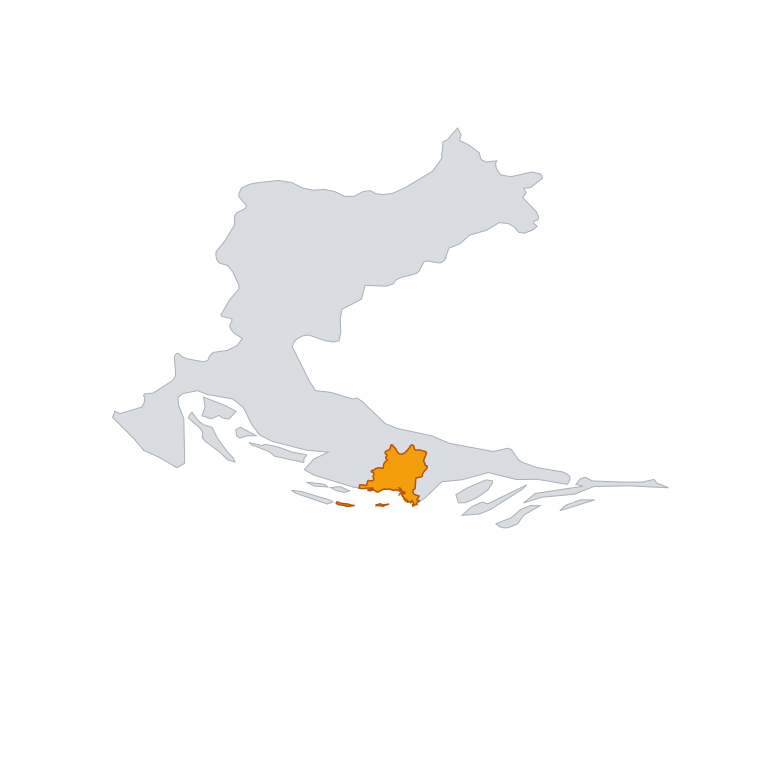 Šibensko-Kninska on a map of Croatia (orthographic projection), rotated 327°
{"feature_id": "HRV-1491", "entity_name": "Šibensko-Kninska", "entity_type": "County", "adm_level": 1, "iso_a3": "HRV", "parent_name": "Croatia", "parent_adm1": "", "projection": "orthographic", "projection_center": [15.941, 43.766], "detail": "fine", "context": "in_parent", "style": "filled", "palette": "amber", "viewbox_px": 768, "rotation_deg": 327, "n_neighbors": 0, "source": "natural_earth", "source_scale": "10m", "svg_char_len": 7315}
<svg xmlns="http://www.w3.org/2000/svg" viewBox="0 0 768 768"><g transform="rotate(327 384 384)"><path d="M143.4,260.2L146.4,265.0L168.2,271.4L173.0,268.9L175.9,265.1L176.0,262.6L177.9,262.0L185.5,265.9L209.2,265.9L214.1,263.1L223.2,246.7L226.2,245.4L228.1,246.1L229.4,251.0L232.7,255.7L244.5,266.9L249.0,268.3L253.4,265.3L258.0,264.5L270.9,270.5L281.9,271.7L290.0,268.7L286.0,259.8L285.4,255.3L286.0,251.4L291.6,247.5L291.4,245.8L284.7,238.9L285.1,237.1L299.8,229.5L314.0,225.3L316.2,221.9L318.2,207.5L317.5,199.8L311.8,192.6L311.4,188.9L312.8,185.1L315.0,181.7L327.3,177.8L345.0,169.3L350.4,161.5L353.7,160.2L363.6,161.3L365.7,159.3L364.3,148.1L366.1,145.2L371.2,142.0L379.9,143.2L387.2,146.1L406.3,155.8L416.5,164.9L422.2,175.0L430.0,182.8L439.7,188.2L447.4,195.6L453.2,205.1L461.2,210.3L471.4,211.3L477.9,214.4L480.7,219.8L486.3,224.5L494.8,228.7L507.8,230.8L540.5,232.0L554.9,226.4L565.4,212.9L570.1,213.7L585.1,209.3L584.4,217.2L580.0,220.9L584.9,228.9L589.8,241.9L587.6,248.6L590.7,253.5L600.1,258.3L597.6,259.9L595.6,264.3L595.7,272.2L603.4,279.3L623.5,286.7L629.6,293.1L629.8,295.9L628.8,297.8L613.6,299.1L607.7,295.9L607.3,301.2L601.8,303.2L605.6,322.4L604.6,328.1L602.6,330.0L598.3,329.2L597.2,331.1L598.3,335.2L592.8,335.8L583.9,334.0L579.7,330.4L578.7,323.0L575.7,317.2L568.5,311.4L553.8,310.9L536.6,305.7L524.3,307.8L512.4,305.4L502.4,313.3L497.2,313.3L486.7,304.0L483.6,303.5L474.7,308.5L471.1,308.9L456.0,303.9L450.5,303.2L446.5,305.0L439.4,303.3L421.9,291.0L411.3,300.6L389.5,298.5L383.1,305.0L375.7,317.4L369.7,323.3L364.5,321.2L358.3,315.8L347.5,301.9L342.0,299.3L335.7,298.8L330.2,300.3L327.3,303.1L323.0,341.4L322.9,352.2L335.0,362.2L349.3,379.3L353.9,381.3L356.2,386.9L363.4,417.6L370.8,428.4L395.7,453.3L406.4,469.2L438.7,500.0L452.9,505.3L455.1,508.2L455.5,520.3L457.1,524.8L466.7,537.3L486.4,555.5L488.7,559.8L489.4,562.9L488.2,565.3L483.2,568.0L460.6,547.4L443.1,536.3L423.2,515.0L397.0,506.7L379.2,497.4L356.5,501.9L349.2,502.0L344.0,500.3L340.3,494.5L340.2,484.0L329.8,474.6L315.7,465.6L302.3,454.0L275.8,422.5L270.5,412.4L284.3,408.7L300.1,410.8L283.1,397.4L258.9,371.1L251.8,358.7L251.1,345.4L253.2,327.2L249.0,314.2L230.6,297.0L223.9,288.0L210.3,282.5L204.1,282.9L200.3,289.4L197.3,303.9L173.7,341.9L164.8,341.5L155.4,322.9L146.3,308.8L144.5,294.1L138.2,264.2L143.4,260.2ZM558.5,611.1L558.8,615.5L566.1,626.0L534.2,603.0L504.3,584.3L483.4,580.0L454.7,564.9L436.1,559.7L451.2,558.2L495.4,578.2L490.4,572.7L496.7,570.4L502.1,571.9L505.7,578.6L530.8,596.3L546.8,606.7L558.5,611.1ZM217.3,363.7L216.6,368.3L211.5,362.4L209.2,351.9L203.0,334.9L202.3,330.1L205.7,325.5L205.6,320.7L201.4,305.8L205.3,303.5L207.5,303.2L208.2,313.5L210.2,319.5L216.2,326.8L214.8,338.8L215.7,355.9L217.3,363.7ZM245.1,326.5L234.7,328.9L229.8,324.2L228.6,320.5L220.1,319.1L214.0,311.5L221.4,305.9L225.5,296.7L239.3,315.9L245.1,326.5ZM413.2,529.5L399.5,530.0L387.7,527.9L381.8,524.3L384.0,516.0L397.2,516.5L417.3,520.0L422.3,524.2L420.8,526.2L413.2,529.5ZM448.8,546.3L442.8,547.6L404.2,547.2L392.9,544.8L377.9,536.6L390.4,534.7L402.1,536.4L405.7,541.0L448.8,546.3ZM276.2,403.0L273.9,406.2L253.0,385.0L250.7,377.9L240.3,363.5L238.8,359.6L248.3,369.2L251.9,370.1L261.0,379.3L269.9,391.1L280.6,401.4L276.2,403.0ZM401.8,562.2L417.9,565.4L429.7,563.7L440.4,565.6L448.7,571.1L430.3,570.1L419.3,574.1L409.6,572.1L405.9,569.7L403.2,566.6L401.8,562.2ZM275.7,452.2L276.8,455.1L271.2,453.9L250.6,427.7L248.4,422.7L255.8,428.8L275.7,452.2ZM240.1,342.1L248.6,357.7L240.7,352.8L233.6,350.9L232.1,347.3L234.8,341.6L240.1,342.1ZM485.5,588.1L497.6,596.0L462.5,586.0L470.1,584.6L485.5,588.1ZM291.4,446.2L297.0,455.0L291.6,453.2L286.0,447.7L282.8,441.7L291.4,446.2ZM279.5,435.6L280.8,439.8L270.2,431.8L265.5,424.1L279.5,435.6Z" fill="#d9dde1" stroke="#a8b0b8" stroke-width="1"/><path d="M346.3,502.2L345.9,502.2L345.9,503.0L344.9,502.3L342.9,502.3L342.3,501.4L342.2,501.6L342.3,501.9L342.2,502.2L341.7,502.2L341.9,500.9L342.3,500.7L343.0,500.7L343.8,500.2L344.1,499.4L343.9,498.9L343.7,498.2L344.1,497.3L342.7,497.5L342.2,497.7L341.7,498.1L341.4,497.0L340.7,496.4L338.8,495.7L340.2,495.5L340.4,494.7L339.7,494.0L338.2,494.0L338.2,493.3L338.6,493.0L339.0,492.6L339.4,492.4L338.5,491.7L338.2,491.6L338.8,490.8L338.2,490.0L338.8,489.1L338.2,487.4L339.2,486.7L342.3,486.8L342.3,485.9L338.5,485.1L337.0,485.1L338.1,484.4L338.9,484.5L339.6,484.9L340.3,485.1L341.2,484.7L341.0,484.0L340.3,483.1L339.4,482.6L340.6,482.2L341.1,481.3L340.9,480.3L340.0,479.3L340.0,481.5L339.3,481.7L337.2,479.9L336.0,478.8L335.4,478.8L334.6,478.7L334.1,478.5L333.6,477.9L332.4,476.0L331.8,475.3L328.3,473.4L327.4,472.4L325.5,471.8L320.0,471.3L318.8,470.0L317.9,467.3L315.9,466.4L313.7,465.7L312.4,463.9L314.9,465.1L316.3,465.4L317.7,465.6L317.7,464.7L317.2,464.4L316.8,464.5L316.6,464.6L314.2,462.7L308.7,459.9L306.4,457.8L308.8,455.4L310.7,456.6L313.4,459.1L313.8,459.4L314.2,459.4L314.7,459.1L317.6,456.5L317.9,456.3L318.2,456.3L320.1,457.9L321.8,458.8L322.4,458.9L322.9,458.8L323.5,458.2L323.9,457.6L324.0,456.9L324.1,456.3L324.2,455.9L324.4,455.6L324.9,455.3L325.6,454.9L326.1,454.4L326.6,453.8L326.9,453.3L327.0,452.9L327.0,452.6L326.9,452.4L325.9,451.4L325.7,451.0L325.8,450.7L326.2,450.0L326.5,449.9L326.9,449.9L328.1,450.6L328.6,450.7L330.3,450.4L331.4,450.5L334.4,451.6L334.7,451.8L336.4,453.7L336.7,453.9L336.9,454.0L337.2,454.0L337.5,453.9L338.1,453.4L339.8,451.4L340.4,450.9L341.2,450.4L341.8,450.2L344.9,449.5L345.3,449.2L345.3,448.8L345.2,447.9L345.1,447.5L345.2,447.1L345.4,446.7L345.7,446.4L345.9,446.2L346.2,446.1L347.1,445.9L347.4,445.8L347.6,445.7L347.7,445.4L347.8,445.0L347.7,444.6L347.3,443.9L347.2,443.6L347.2,443.3L347.2,443.2L347.3,442.7L347.7,442.0L348.0,441.7L348.6,441.5L350.7,441.6L352.4,441.9L352.7,442.0L353.1,441.9L353.5,441.7L354.1,441.3L356.3,439.2L357.3,439.1L357.9,440.1L358.0,440.6L358.0,441.1L357.9,441.4L357.9,441.7L357.9,442.0L358.0,442.2L358.0,442.4L358.3,442.9L358.4,443.2L358.5,444.8L358.5,445.3L358.3,446.5L358.3,448.9L358.4,449.8L358.9,450.9L359.7,451.9L361.6,452.7L363.2,453.0L365.0,452.9L371.2,451.1L372.0,450.4L372.5,450.2L373.0,450.1L373.5,450.2L374.3,450.5L374.7,450.7L375.2,451.9L374.1,455.5L374.3,456.2L374.6,456.8L376.9,458.0L377.6,458.4L378.3,459.1L381.8,463.1L382.2,463.9L382.2,464.6L381.7,465.4L375.8,469.5L375.3,470.1L375.1,471.1L375.2,471.6L375.3,472.0L375.2,472.3L374.3,474.1L374.5,474.7L374.7,475.2L375.1,475.6L375.5,476.2L375.3,476.9L374.6,477.6L372.5,478.5L370.2,479.1L368.3,479.9L367.6,480.3L367.0,480.8L366.3,481.7L365.7,482.2L364.9,482.3L360.1,480.4L359.8,480.3L359.0,480.9L353.1,488.6L352.6,488.8L352.2,488.8L351.7,488.6L351.3,488.6L350.7,488.9L349.8,489.9L349.4,490.5L349.1,491.1L349.3,492.5L349.6,493.4L350.0,494.2L351.2,495.6L351.7,496.6L352.0,496.8L352.4,496.9L352.3,497.2L351.9,497.5L350.5,498.1L349.7,498.3L349.0,498.6L348.6,499.0L348.6,499.7L348.9,500.1L349.4,500.4L349.8,500.6L350.0,500.8L350.1,501.1L349.6,501.3L347.8,501.4L346.8,501.6L346.3,502.2L346.3,502.2ZM281.9,458.8L282.3,460.0L288.8,465.4L289.8,466.8L290.9,468.0L293.3,470.1L292.6,469.6L287.5,467.2L285.9,466.1L284.2,463.8L281.9,462.0L280.7,460.9L279.5,459.4L279.0,457.9L280.1,457.2L281.9,458.8ZM317.6,485.0L322.9,487.5L317.8,485.9L317.0,486.3L316.2,485.3L312.5,482.5L311.1,481.8L311.8,481.0L312.2,481.6L312.5,481.8L315.1,482.1L316.1,483.0L316.8,484.1L317.6,485.0Z" fill="#f59e0b" stroke="#b45309" stroke-width="1.5"/></g></svg>